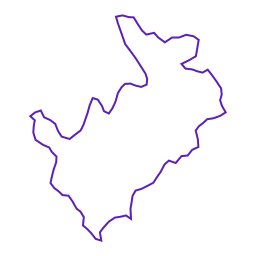 the district of Vespasiano, Minas Gerais, Brazil
{"feature_id": "56859067B4954483549990", "entity_name": "Vespasiano", "entity_type": "district", "adm_level": 2, "iso_a3": "BRA", "parent_name": "Brazil", "parent_adm1": "Minas Gerais", "projection": "natural_earth1", "projection_center": [-43.949, -19.73], "detail": "fine", "context": "isolated", "style": "outline", "palette": "violet", "viewbox_px": 256, "rotation_deg": 0, "n_neighbors": 0, "source": "geoboundaries", "source_scale": "gbopen_adm2", "svg_char_len": 1528}
<svg xmlns="http://www.w3.org/2000/svg" viewBox="0 0 256 256"><path d="M131.0,218.9L130.5,208.7L131.7,201.7L132.5,196.0L135.6,190.6L141.4,188.9L147.4,185.9L153.4,182.7L157.0,177.1L160.7,171.8L164.6,164.4L168.9,160.6L175.7,163.0L181.5,156.1L187.7,155.5L192.2,149.8L198.4,147.0L197.8,139.0L195.7,130.6L198.9,126.2L203.1,123.0L207.2,119.2L213.4,118.3L220.3,115.8L225.7,112.3L222.1,106.2L220.1,100.3L221.7,94.6L221.1,88.4L216.6,81.6L211.7,74.7L207.7,69.7L202.6,72.6L197.0,71.2L192.2,69.4L185.5,68.6L181.5,63.9L188.9,60.3L195.9,56.2L198.7,39.9L193.7,36.3L186.2,34.8L179.0,37.5L172.1,37.5L164.9,42.3L158.2,37.5L154.1,32.8L146.3,34.6L142.0,30.5L137.5,23.7L133.7,17.4L128.7,17.1L122.5,15.4L116.0,16.7L117.9,23.3L121.9,34.6L125.2,44.1L129.4,49.7L132.7,54.1L135.9,58.6L140.5,65.8L145.5,73.7L147.2,78.9L146.6,84.6L141.2,86.9L135.9,85.7L130.5,83.6L125.0,83.9L121.5,87.3L117.9,93.1L115.5,101.7L112.3,108.5L108.8,113.5L104.0,111.2L102.0,106.0L97.8,99.6L92.7,98.1L89.8,104.9L87.3,113.9L85.2,119.8L83.5,124.8L80.7,130.4L76.3,133.7L69.6,139.0L61.6,136.6L58.0,130.9L55.2,123.8L50.1,120.0L44.1,117.3L40.8,110.5L35.1,112.4L30.3,116.2L34.8,120.3L33.8,125.6L33.3,132.4L35.5,139.8L43.1,144.9L49.2,147.5L51.8,151.9L56.5,156.6L56.2,162.3L53.6,169.7L51.8,177.0L50.5,183.0L54.3,188.1L58.6,191.3L62.5,195.1L68.5,195.7L72.3,201.1L76.6,208.7L80.5,211.7L83.8,217.0L83.0,225.5L87.3,229.1L91.3,233.3L95.7,238.9L101.3,240.6L99.9,232.3L103.4,227.7L109.0,221.5L114.9,217.6L120.2,216.8L126.0,215.5L131.0,218.9Z" fill="none" stroke="#5b21b6" stroke-width="2"/></svg>